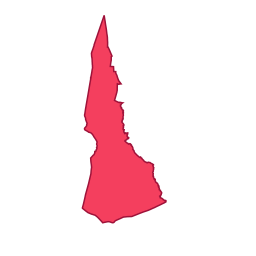 Xonacatlán, México, Mexico (Albers equal-area conic projection), rotated 110°
{"feature_id": "50627088B38909261523609", "entity_name": "Xonacatlán", "entity_type": "district", "adm_level": 2, "iso_a3": "MEX", "parent_name": "Mexico", "parent_adm1": "México", "projection": "albers", "projection_center": [-99.477, 19.442], "detail": "fine", "context": "isolated", "style": "filled", "palette": "rose", "viewbox_px": 256, "rotation_deg": 110, "n_neighbors": 0, "source": "geoboundaries", "source_scale": "gbopen_adm2", "svg_char_len": 5643}
<svg xmlns="http://www.w3.org/2000/svg" viewBox="0 0 256 256"><g transform="rotate(110 128 128)"><path d="M184.4,67.1L183.8,67.4L183.4,67.4L183.3,67.6L183.5,68.0L183.3,68.1L183.5,68.5L183.7,68.9L183.2,69.9L183.3,70.4L182.9,70.8L182.9,71.0L182.4,72.4L182.5,73.9L181.9,74.1L181.4,74.7L181.1,74.3L180.7,74.6L180.5,74.3L180.0,74.3L179.9,74.2L179.6,74.2L179.4,74.0L178.6,74.2L177.5,74.1L176.8,74.7L176.6,75.1L176.3,75.9L175.5,76.2L175.4,76.9L175.3,77.5L173.8,78.0L173.3,78.9L172.8,78.8L172.6,79.3L172.1,79.2L171.9,79.8L171.6,79.7L171.4,80.1L170.7,80.6L169.8,81.6L169.9,82.1L169.5,83.0L169.2,83.7L168.6,83.9L168.2,84.6L167.4,84.8L167.0,84.8L166.8,85.0L166.8,85.4L167.1,85.8L166.9,86.1L166.5,86.1L166.4,86.4L166.1,86.7L165.2,87.5L164.8,87.5L164.6,88.1L163.9,88.1L163.5,88.4L163.2,88.4L162.7,88.7L162.4,88.6L162.1,88.7L161.3,89.6L160.5,89.6L160.1,89.4L159.7,89.5L159.0,89.8L158.4,89.9L158.1,89.8L157.3,90.3L156.8,90.1L156.5,90.2L156.5,90.6L155.8,90.9L154.9,91.8L154.0,91.4L153.7,91.6L153.9,92.1L153.5,92.6L153.4,93.2L153.3,93.6L153.4,94.1L152.9,95.5L153.1,96.2L153.2,96.7L153.2,97.2L154.1,98.1L153.9,98.3L154.0,98.9L154.0,99.1L154.0,99.7L153.9,100.6L153.7,101.3L153.5,101.8L152.9,102.5L152.8,103.0L152.4,103.9L152.4,104.0L152.0,104.3L151.8,104.8L151.6,104.9L151.6,105.2L151.4,105.7L151.5,106.0L151.0,106.3L151.3,106.6L151.6,106.9L151.4,107.7L150.5,110.1L149.8,111.5L149.1,113.0L148.2,114.1L147.4,114.5L146.7,115.5L146.6,116.1L146.2,116.1L145.1,116.6L144.0,117.6L143.8,118.2L143.1,118.7L143.2,119.1L142.7,119.2L142.1,120.3L142.4,120.5L142.3,121.4L142.5,121.5L142.9,121.8L142.9,122.2L142.4,123.0L142.4,123.8L142.0,125.0L141.5,125.8L141.3,126.4L141.0,126.3L140.7,126.4L139.6,125.3L138.7,125.0L138.0,124.9L138.1,124.3L137.7,123.9L136.9,124.0L136.8,124.9L136.4,125.3L136.4,125.8L135.6,126.2L135.1,126.2L134.7,126.6L134.0,126.5L133.7,126.2L132.7,126.6L133.3,127.6L133.5,128.8L134.0,128.6L134.4,129.1L134.1,129.5L133.6,129.6L133.5,130.2L132.8,130.7L132.5,130.7L132.3,131.0L132.0,131.0L131.7,131.2L131.5,130.9L131.0,131.0L131.2,131.5L130.9,131.6L130.8,132.2L130.2,132.3L129.9,132.5L129.5,132.6L129.2,132.4L128.6,132.7L128.0,132.8L127.8,132.9L127.9,133.1L127.7,133.3L127.4,133.2L127.1,132.8L126.2,133.1L126.0,133.4L125.3,134.4L124.9,135.3L124.3,135.9L123.9,135.7L123.0,136.1L122.6,135.9L122.2,135.8L121.8,136.1L121.5,136.2L121.1,135.7L119.0,136.6L117.5,136.7L116.9,137.1L116.5,137.2L116.2,137.6L115.6,137.9L115.3,137.5L114.9,137.7L115.0,137.9L114.7,138.3L113.7,138.4L113.4,138.2L113.3,138.3L113.1,138.6L112.9,138.7L113.0,139.0L113.0,139.4L112.8,139.5L112.7,139.6L112.3,140.1L112.1,140.5L112.0,140.8L111.8,140.7L111.4,140.8L111.1,141.0L110.9,141.3L110.8,141.5L110.8,141.8L110.6,142.2L110.3,142.3L110.1,142.5L109.4,142.5L109.2,142.6L109.2,142.9L109.0,143.0L108.5,142.7L108.3,142.5L108.1,142.5L107.9,142.5L107.7,142.6L106.2,141.6L106.4,142.4L106.4,143.0L106.6,144.3L106.6,144.5L107.1,144.8L107.1,146.4L106.7,150.1L103.9,150.3L102.5,150.4L101.1,150.5L98.4,150.7L96.0,151.1L95.3,151.4L92.3,152.4L90.1,153.1L90.1,152.3L90.1,151.8L89.8,151.2L89.5,151.0L89.2,150.2L88.9,149.6L86.8,152.8L85.4,154.1L83.8,155.4L82.4,156.4L80.6,158.3L79.2,158.8L79.8,160.7L77.6,161.6L75.3,162.6L75.8,164.4L75.9,164.6L76.2,165.7L73.5,166.3L72.1,166.6L69.8,167.0L68.5,167.5L66.7,168.1L66.0,167.6L65.9,167.6L65.5,168.0L63.7,169.7L61.0,172.2L58.8,174.4L59.0,174.9L56.3,175.8L54.6,176.4L52.3,177.4L49.8,178.4L47.9,179.4L46.7,180.1L44.3,181.3L43.1,181.9L40.9,183.1L38.8,184.3L35.6,186.0L32.4,187.8L30.3,188.9L61.4,188.3L61.9,188.1L63.5,188.1L65.3,188.0L67.1,188.0L68.8,188.0L70.3,187.9L73.7,186.4L74.2,185.9L74.3,185.9L75.2,185.5L75.8,185.2L77.0,184.7L77.8,184.4L78.4,184.1L79.4,183.7L80.6,183.2L81.3,182.8L82.4,182.4L83.0,182.1L84.0,181.8L84.9,181.7L86.0,181.5L86.5,181.4L87.4,181.2L87.8,181.1L88.0,181.1L90.7,180.6L92.0,180.4L93.3,180.3L93.2,180.1L94.3,179.9L99.3,179.0L110.2,177.0L121.4,175.0L121.8,174.9L124.2,174.5L129.5,173.4L130.1,173.4L130.5,173.2L131.0,173.1L131.4,172.9L131.8,172.6L132.7,171.7L133.2,171.3L133.8,171.0L134.2,170.9L135.0,170.3L135.8,169.6L136.2,169.3L136.6,169.0L136.9,168.6L137.1,168.4L137.8,168.0L138.0,167.9L138.2,168.0L138.6,168.1L139.1,167.9L139.5,167.7L139.9,167.7L140.2,167.7L140.7,167.9L141.6,168.1L142.0,168.3L142.4,168.5L142.8,168.6L143.2,168.7L143.6,168.6L144.0,168.4L144.4,168.0L144.6,167.6L144.7,166.8L144.8,166.0L145.1,164.4L145.4,163.5L145.3,162.7L145.2,162.0L145.3,161.3L145.5,160.5L145.8,159.9L146.4,158.9L147.0,158.0L147.7,157.3L148.2,156.6L148.9,155.6L149.7,154.5L150.3,153.8L150.8,153.2L151.3,152.6L151.7,152.4L152.0,152.2L152.7,152.1L153.8,152.0L154.1,151.8L154.4,151.6L154.6,151.4L154.8,151.2L155.0,151.0L155.2,150.9L155.6,150.9L155.8,150.9L156.3,150.7L156.6,150.6L156.8,150.6L157.1,150.8L157.3,150.6L157.6,150.3L158.4,150.2L159.3,150.4L159.6,150.4L159.9,150.3L161.1,150.4L161.3,151.1L161.8,151.1L162.3,150.9L162.9,150.7L164.1,150.8L165.1,151.0L165.5,151.4L166.8,151.9L168.3,152.5L169.0,152.8L170.2,152.3L172.6,151.2L175.0,149.9L177.5,148.7L178.2,148.6L180.5,148.1L183.7,147.2L186.3,146.9L188.8,146.6L191.3,146.3L193.9,146.0L196.4,145.8L198.9,145.6L202.7,145.3L205.2,145.1L207.8,144.7L211.7,144.2L215.1,143.8L218.8,143.5L219.1,143.1L220.4,139.3L221.2,136.7L221.4,132.9L221.3,131.7L221.3,130.9L221.2,129.0L222.2,126.1L224.2,122.1L225.7,119.3L224.8,118.0L222.8,114.7L222.4,113.0L222.4,110.7L222.2,109.7L221.4,108.9L220.9,108.7L220.6,108.7L219.4,108.1L217.6,106.3L215.9,104.5L213.3,101.9L211.5,98.2L209.9,94.2L208.2,92.3L206.7,90.6L204.1,87.7L201.6,84.8L200.1,82.9L198.5,80.9L196.7,79.0L195.5,77.8L195.1,77.4L193.7,75.9L191.9,74.2L190.2,72.5L189.0,71.3L187.4,69.8L186.0,68.4L184.4,67.1Z" fill="#f43f5e" stroke="#9f1239" stroke-width="1.5"/></g></svg>